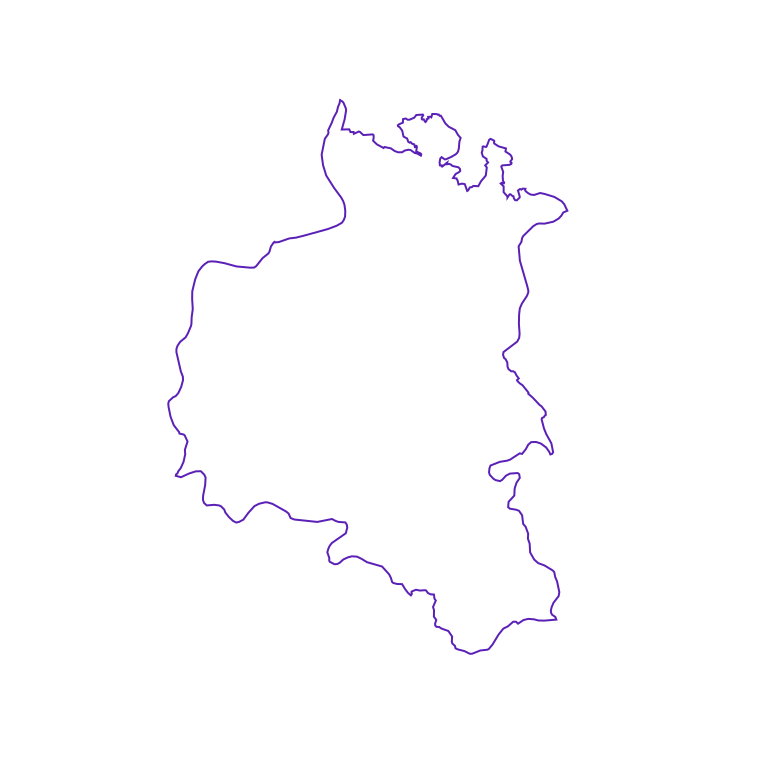 the district of Narsingdi, Dhaka, Bangladesh, rotated 163°
{"feature_id": "16705992B95243043657125", "entity_name": "Narsingdi", "entity_type": "district", "adm_level": 2, "iso_a3": "BGD", "parent_name": "Bangladesh", "parent_adm1": "Dhaka", "projection": "mercator", "projection_center": [90.739, 24.007], "detail": "fine", "context": "isolated", "style": "outline", "palette": "violet", "viewbox_px": 768, "rotation_deg": 163, "n_neighbors": 0, "source": "geoboundaries", "source_scale": "gbopen_adm2", "svg_char_len": 6164}
<svg xmlns="http://www.w3.org/2000/svg" viewBox="0 0 768 768"><g transform="rotate(163 384 384)"><path d="M610.0,357.1L605.4,354.2L596.6,355.4L589.6,355.5L584.8,354.2L584.3,353.6L582.3,349.6L582.0,346.6L584.6,339.6L589.7,329.9L591.0,326.2L590.9,322.9L589.0,319.7L581.7,318.1L577.2,316.1L575.6,314.7L573.5,310.7L573.3,307.5L571.2,302.1L568.4,297.2L565.8,294.7L562.9,294.5L558.2,295.4L551.3,300.5L543.6,305.1L538.6,306.0L532.0,305.6L529.6,304.6L525.6,301.9L514.9,290.7L513.1,288.0L512.5,283.1L509.3,280.6L488.1,271.6L473.2,270.1L470.3,267.2L467.8,265.4L461.4,262.9L460.7,260.4L461.1,257.4L464.2,252.4L480.4,247.2L483.5,244.9L485.4,242.7L487.4,239.7L487.2,233.6L488.0,231.2L487.9,229.9L484.0,226.1L481.4,225.5L478.6,226.0L474.2,228.1L469.0,228.8L465.1,228.6L460.3,226.8L456.5,223.3L452.4,218.6L439.2,210.0L434.8,200.6L434.1,196.7L434.1,192.2L433.3,191.0L430.1,189.0L425.2,187.3L423.8,181.8L422.1,177.2L420.1,174.0L418.8,175.0L418.6,177.1L418.0,177.5L413.6,177.9L410.1,176.0L405.0,174.8L404.1,174.2L403.1,171.2L400.7,169.1L397.8,168.1L398.5,164.1L397.8,161.7L402.3,156.4L402.3,153.1L404.3,146.9L403.0,143.1L405.2,139.9L405.6,138.1L404.9,136.5L402.3,135.5L400.5,133.3L394.7,129.0L392.7,122.6L394.5,117.7L394.5,115.8L392.7,112.8L392.9,110.3L390.7,108.4L385.2,105.1L380.8,100.9L378.5,100.3L369.8,101.0L362.9,99.7L361.3,99.9L356.4,103.1L347.8,110.8L341.4,115.2L336.4,116.0L329.9,118.9L327.2,118.0L325.9,115.6L319.6,117.5L314.7,117.2L309.1,115.0L305.7,112.8L300.1,110.9L288.1,108.3L288.3,111.2L290.7,114.2L291.1,116.2L290.7,118.5L289.0,121.5L285.8,125.3L279.0,130.1L277.2,133.7L276.2,144.5L276.7,149.3L276.2,154.4L277.2,156.4L283.5,163.5L288.9,167.6L291.7,172.2L293.5,180.2L291.4,188.7L291.6,194.0L289.9,198.7L290.3,206.0L291.8,209.6L290.3,218.1L292.0,223.3L294.5,225.2L300.1,228.0L301.3,229.9L299.3,234.9L292.0,239.2L289.6,245.9L286.1,250.9L281.6,254.5L281.1,258.3L282.3,259.8L289.8,261.5L294.1,260.7L299.0,257.8L301.5,257.2L305.4,259.5L307.0,261.3L309.4,266.1L309.4,268.8L307.8,272.5L306.0,274.9L296.0,275.7L288.8,274.7L285.6,274.8L274.6,278.0L272.4,276.8L267.7,280.0L263.8,283.8L260.2,285.4L255.5,284.1L251.3,281.1L247.5,275.9L245.8,270.8L245.5,268.0L243.7,268.0L242.2,269.3L241.3,278.4L243.5,288.8L244.0,294.7L243.6,304.1L242.8,305.3L240.9,305.5L239.5,306.7L238.3,307.1L237.6,310.4L239.9,316.7L241.3,318.4L245.8,327.6L248.9,332.5L248.4,333.4L248.7,334.4L251.9,342.3L254.0,345.0L255.5,347.7L255.7,348.8L253.5,349.9L254.8,353.5L255.4,357.0L256.8,358.4L258.7,359.0L260.6,361.8L260.8,364.4L259.8,368.6L260.5,372.2L261.6,373.9L261.6,377.1L260.4,379.6L244.2,385.6L241.3,388.5L239.7,392.2L237.4,402.1L234.5,410.9L232.0,416.6L228.6,420.6L221.4,426.6L219.2,429.5L218.7,431.1L218.4,435.4L218.0,462.2L215.0,476.3L211.1,479.7L209.2,483.2L207.6,484.8L195.1,491.3L191.3,492.3L188.9,492.2L183.5,490.4L174.5,489.7L168.5,491.2L165.2,493.1L162.4,495.6L158.0,496.1L159.1,503.3L160.6,506.7L166.4,513.1L175.0,518.9L178.9,521.0L185.2,520.9L188.4,522.3L190.6,524.6L192.2,527.1L192.4,528.1L191.7,529.3L194.2,530.3L195.8,529.7L196.9,530.7L199.3,529.9L199.4,523.7L199.8,522.6L203.3,520.8L204.9,521.5L205.5,523.8L205.3,525.7L206.1,526.1L207.5,528.4L208.6,528.6L211.4,526.2L211.1,527.2L213.5,532.5L211.8,538.0L213.8,541.6L212.6,542.0L210.8,540.8L210.2,541.3L210.8,543.6L209.7,548.3L208.0,552.0L208.3,557.5L207.7,558.2L206.6,558.4L200.1,556.9L197.9,557.2L197.4,558.3L198.1,558.8L198.1,559.9L195.8,561.5L195.5,562.9L195.7,565.1L196.5,566.8L199.9,570.8L198.5,573.6L205.0,577.8L208.2,581.7L208.3,582.6L207.5,584.0L207.7,584.7L210.5,587.3L212.0,586.8L216.1,581.5L217.1,580.8L219.5,582.2L220.3,582.1L221.6,578.5L222.9,576.7L222.9,572.7L220.1,569.3L220.6,567.5L219.7,565.4L223.3,563.5L222.4,561.0L225.7,553.6L232.0,549.5L236.0,545.6L240.7,547.3L242.3,546.6L244.4,546.9L247.0,544.5L248.0,544.3L248.3,551.5L250.8,552.8L254.4,553.0L254.1,556.6L254.6,559.4L257.7,560.8L254.3,563.8L249.9,564.8L248.8,565.5L248.5,567.6L249.5,569.5L254.8,572.5L255.9,574.3L257.3,575.4L259.7,575.8L258.8,577.3L264.7,574.9L265.2,575.2L264.9,576.2L266.6,576.8L266.0,579.8L264.3,583.1L262.6,584.1L260.2,581.0L259.0,580.8L253.3,581.5L248.2,582.7L246.5,583.6L245.2,584.7L243.5,587.5L241.1,593.6L238.8,596.9L240.5,600.8L241.6,605.9L246.9,611.1L249.1,615.2L251.2,624.0L252.5,624.3L252.9,625.7L253.9,625.9L254.6,626.7L258.9,628.1L260.8,625.2L261.6,626.1L263.7,626.5L263.8,624.9L265.6,624.8L266.4,623.2L267.7,622.4L268.2,623.1L268.6,625.5L270.1,625.7L270.4,626.4L270.0,627.7L267.9,629.6L268.1,630.3L274.4,631.8L277.3,629.8L282.4,629.3L284.1,629.8L285.7,631.6L288.4,631.7L289.5,628.4L293.5,628.0L295.1,627.4L295.2,626.4L293.9,624.9L292.5,620.9L293.0,614.9L290.1,612.0L290.0,608.5L288.9,607.3L287.8,607.5L286.9,605.6L285.0,604.3L285.2,601.5L284.7,601.4L284.0,602.4L283.3,602.2L283.2,601.2L285.2,597.0L281.7,593.9L281.2,592.7L282.0,591.6L284.6,594.5L287.0,595.9L290.0,599.8L292.1,600.9L296.0,601.2L298.9,600.3L302.8,601.5L305.7,603.7L308.6,607.4L314.3,610.5L315.4,609.8L320.8,615.3L323.3,619.9L322.0,622.2L321.2,625.0L321.8,626.0L331.0,628.1L333.2,632.0L334.2,632.8L339.7,632.1L339.4,633.9L342.4,634.7L342.8,637.7L350.0,639.7L344.4,648.4L340.3,656.6L339.9,658.9L340.5,664.7L341.1,666.2L343.0,668.3L344.4,665.5L347.0,662.4L349.5,658.1L354.3,653.4L357.5,649.2L363.3,642.8L363.6,640.6L364.5,639.2L368.9,635.8L376.6,621.5L378.3,611.1L378.3,600.3L374.4,586.1L370.4,574.8L369.6,571.0L369.4,567.0L370.4,560.9L372.3,555.4L374.7,552.4L377.1,550.5L382.9,549.2L392.4,548.6L417.9,549.3L425.3,549.7L432.0,550.9L442.9,550.5L446.8,551.2L447.0,551.9L448.1,551.6L451.9,548.6L454.8,544.1L456.3,542.7L463.3,539.9L471.7,534.1L474.2,533.3L478.3,534.5L490.6,539.5L501.6,546.4L509.0,550.2L513.1,551.7L516.5,552.3L520.6,551.0L523.8,549.4L528.5,546.1L533.9,539.4L540.2,528.8L542.5,521.8L545.0,511.5L548.4,504.1L550.7,497.5L551.8,495.7L556.7,489.8L560.1,486.6L566.5,484.0L570.2,481.0L572.2,478.3L573.2,475.2L574.6,455.4L574.2,449.8L575.1,446.4L578.8,440.5L583.4,435.4L586.8,433.3L589.5,433.0L594.7,430.5L596.0,428.4L596.7,425.2L597.7,415.2L597.1,406.1L594.0,397.9L594.1,396.4L590.4,394.3L589.6,393.1L588.7,386.4L593.7,379.2L594.6,375.0L598.5,368.1L603.0,363.0L606.2,360.7L607.7,358.9L609.2,358.4L610.0,357.1Z" fill="none" stroke="#5b21b6" stroke-width="2"/></g></svg>